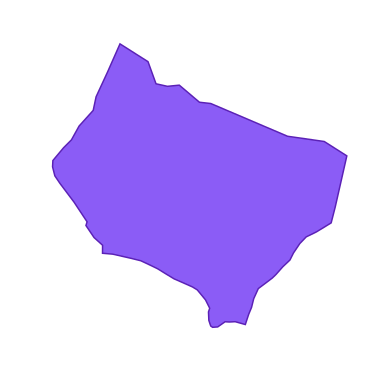 Chibok, Borno, Nigeria, rotated 14°
{"feature_id": "59680162B32856652540007", "entity_name": "Chibok", "entity_type": "district", "adm_level": 2, "iso_a3": "NGA", "parent_name": "Nigeria", "parent_adm1": "Borno", "projection": "natural_earth1", "projection_center": [12.855, 10.837], "detail": "fine", "context": "isolated", "style": "filled", "palette": "violet", "viewbox_px": 384, "rotation_deg": 14, "n_neighbors": 0, "source": "geoboundaries", "source_scale": "gbopen_adm2", "svg_char_len": 928}
<svg xmlns="http://www.w3.org/2000/svg" viewBox="0 0 384 384"><g transform="rotate(14 192 192)"><path d="M79.9,230.3L97.4,246.3L97.2,250.2L108.0,259.9L118.1,265.3L120.0,273.1L130.0,271.5L149.0,271.1L153.0,271.1L159.0,271.1L170.6,273.4L177.2,274.8L185.6,277.5L195.6,280.6L215.4,284.0L220.8,285.7L231.2,293.4L237.3,300.5L237.0,304.4L239.4,312.5L241.6,316.0L242.6,317.5L244.7,318.3L249.6,316.7L255.5,309.9L259.7,309.1L265.3,307.4L275.6,307.7L275.8,307.7L276.6,296.9L277.7,289.6L277.7,280.6L279.7,269.7L290.7,256.1L293.4,251.8L298.2,242.6L303.5,234.3L305.2,226.7L309.1,215.9L313.7,207.9L322.4,200.6L334.5,188.3L334.6,171.9L333.5,119.5L308.1,111.0L271.2,114.8L188.8,101.6L177.5,103.1L153.8,91.4L142.6,95.4L130.9,95.7L117.8,76.2L103.7,71.5L86.3,65.7L81.0,96.2L75.9,122.8L76.4,136.7L66.5,155.3L62.4,170.6L56.7,180.1L49.4,195.1L50.6,201.3L55.0,209.5L61.9,215.7L79.9,230.3Z" fill="#8b5cf6" stroke="#5b21b6" stroke-width="1.5"/></g></svg>